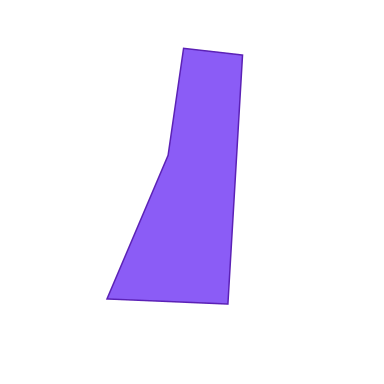 outline of Qina City, Qina, Egypt, rotated 41°
{"feature_id": "37247803B94417968817411", "entity_name": "Qina City", "entity_type": "district", "adm_level": 2, "iso_a3": "EGY", "parent_name": "Egypt", "parent_adm1": "Qina", "projection": "orthographic", "projection_center": [32.757, 26.178], "detail": "fine", "context": "isolated", "style": "filled", "palette": "violet", "viewbox_px": 384, "rotation_deg": 41, "n_neighbors": 0, "source": "geoboundaries", "source_scale": "gbopen_adm2", "svg_char_len": 239}
<svg xmlns="http://www.w3.org/2000/svg" viewBox="0 0 384 384"><g transform="rotate(41 192 192)"><path d="M292.6,253.0L140.3,55.5L91.4,89.1L149.9,180.0L198.0,328.5L292.6,253.0Z" fill="#8b5cf6" stroke="#5b21b6" stroke-width="1.5"/></g></svg>